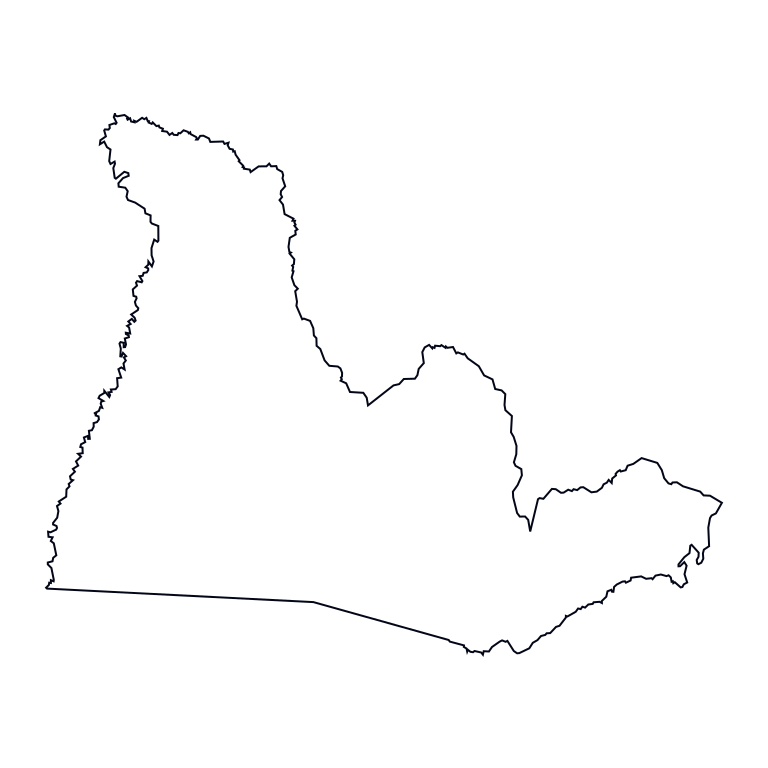 Canarana, Mato Grosso, Brazil (Natural Earth projection)
{"feature_id": "56859067B39965922322561", "entity_name": "Canarana", "entity_type": "district", "adm_level": 2, "iso_a3": "BRA", "parent_name": "Brazil", "parent_adm1": "Mato Grosso", "projection": "natural_earth1", "projection_center": [-52.334, -13.192], "detail": "fine", "context": "isolated", "style": "outline", "palette": "ink", "viewbox_px": 768, "rotation_deg": 0, "n_neighbors": 0, "source": "geoboundaries", "source_scale": "gbopen_adm2", "svg_char_len": 6049}
<svg xmlns="http://www.w3.org/2000/svg" viewBox="0 0 768 768"><path d="M449.8,641.6L464.0,645.4L463.8,646.9L466.5,648.5L467.2,651.6L467.9,649.8L470.4,651.8L473.1,652.2L474.5,651.0L481.2,652.5L482.9,654.7L483.7,651.2L488.9,651.5L492.0,647.0L499.7,641.6L502.1,640.4L505.6,641.8L507.4,640.9L513.8,651.0L517.1,653.3L519.3,653.1L529.3,648.3L532.8,642.8L537.5,640.1L541.0,636.0L545.3,634.9L546.6,633.3L550.2,633.1L556.0,626.9L559.5,625.8L565.9,617.5L565.9,615.9L567.4,616.5L575.7,611.8L578.1,608.5L580.7,609.1L582.4,606.7L585.1,607.6L588.3,604.5L592.7,603.9L593.6,602.3L599.5,601.8L601.9,603.0L601.8,601.0L606.3,596.7L607.5,591.3L611.3,589.8L612.0,591.7L613.4,591.8L614.1,586.9L616.8,584.5L622.5,581.6L625.0,581.3L625.9,582.7L630.6,580.5L631.1,577.7L641.2,576.4L646.1,578.8L651.5,578.2L652.6,579.2L655.5,575.6L660.9,574.5L666.5,576.1L668.6,575.3L670.8,577.4L671.6,581.7L672.8,581.2L673.3,583.2L674.8,582.2L680.7,587.4L682.4,587.0L683.8,584.3L687.2,582.5L684.5,574.2L686.6,565.7L684.3,562.1L680.1,566.2L678.5,566.3L678.5,564.4L684.3,557.2L689.5,553.1L690.3,545.7L691.6,544.8L698.7,552.7L698.5,556.8L696.7,560.0L697.2,563.4L698.4,564.2L701.3,562.7L703.3,558.7L702.9,553.4L703.9,549.6L709.1,546.2L708.3,527.6L710.0,518.1L711.6,515.5L715.9,513.4L721.9,502.8L710.0,495.7L703.6,495.4L700.2,491.6L683.0,486.3L676.9,482.3L672.5,482.5L671.3,484.2L668.5,483.4L664.2,478.2L661.8,470.1L657.3,462.9L641.6,458.1L633.3,463.9L627.6,465.7L625.7,470.2L620.8,471.5L619.9,470.2L617.5,471.7L615.6,473.9L616.0,475.4L612.2,478.5L611.7,483.0L608.7,479.9L606.8,482.7L603.6,484.3L601.9,487.8L596.8,491.6L591.4,492.3L583.3,487.2L580.5,487.4L577.2,490.1L573.6,489.2L571.9,491.1L568.2,489.7L563.7,492.6L561.0,492.8L555.8,489.2L551.9,488.9L543.4,498.8L539.6,498.1L538.0,499.2L530.2,531.5L528.2,519.9L525.1,516.5L519.8,516.6L517.1,513.0L513.2,497.4L512.9,491.7L517.6,485.1L521.9,475.3L521.3,469.1L515.5,465.8L513.9,462.3L516.3,454.2L516.5,445.9L513.7,436.9L511.0,432.3L511.9,416.0L505.4,410.2L504.5,405.0L505.3,394.1L501.6,390.4L495.2,389.0L492.5,379.4L484.1,375.4L478.8,366.2L467.7,358.3L464.5,353.7L463.2,354.5L457.9,352.4L456.3,353.4L453.0,347.0L447.4,347.8L445.9,346.5L445.5,347.8L441.4,345.1L440.2,346.2L435.1,345.7L434.5,347.9L432.8,347.2L432.3,348.4L429.1,344.9L424.7,347.4L422.3,352.1L423.8,363.1L418.7,368.9L417.4,375.2L414.9,378.7L403.8,379.0L399.2,384.1L393.5,385.4L368.0,405.4L366.7,397.7L363.3,392.8L350.0,392.0L346.2,383.3L340.6,380.7L341.8,379.2L340.9,377.6L342.0,376.4L342.1,372.8L340.4,368.4L337.8,366.5L329.3,365.8L324.6,360.4L320.3,349.0L316.6,345.8L316.4,338.2L313.9,335.5L313.3,328.2L310.1,320.9L303.9,318.6L302.2,319.3L296.4,305.8L297.0,301.7L295.2,291.2L297.8,288.7L294.4,285.2L291.7,277.4L293.5,271.2L292.4,270.7L293.2,266.9L292.1,265.6L293.9,264.1L294.3,259.3L289.6,253.6L290.9,252.6L289.4,252.0L288.5,246.9L289.8,237.8L295.7,234.5L295.3,230.8L297.4,229.4L294.4,225.7L295.6,224.7L294.4,222.5L295.0,220.8L292.5,220.7L293.5,218.7L284.6,214.1L283.0,204.6L279.5,200.1L282.1,197.0L280.7,194.3L281.0,191.0L285.2,186.3L282.5,178.3L283.2,175.2L282.2,171.9L277.2,169.1L276.3,166.1L271.1,166.3L269.2,163.6L266.5,166.3L258.6,166.4L250.6,172.1L249.8,169.6L243.9,168.7L244.1,167.4L242.6,167.1L243.2,165.7L238.7,161.2L239.5,160.2L235.6,154.7L234.7,151.2L233.2,151.6L232.9,149.5L229.6,148.8L227.7,145.3L228.5,142.7L224.5,143.9L223.1,141.5L210.3,141.9L209.0,138.5L203.4,135.7L200.2,135.9L197.9,139.5L196.2,139.5L196.9,138.3L196.1,137.0L190.6,134.1L190.2,132.3L188.8,133.3L187.8,131.8L183.6,130.3L180.3,133.3L178.5,133.0L177.5,135.1L173.7,134.8L172.3,133.0L169.5,134.9L167.0,131.7L162.2,131.0L162.9,128.7L159.4,127.4L158.8,125.6L156.4,126.1L152.7,122.4L151.7,123.9L148.6,122.5L149.0,121.2L147.7,121.0L146.4,117.9L144.3,119.2L142.1,117.8L136.6,121.8L134.2,120.8L134.5,122.3L131.1,121.5L130.1,118.3L127.6,119.7L127.0,118.5L127.9,117.4L124.5,115.0L117.4,116.3L115.4,115.7L115.0,113.3L113.8,117.1L116.6,122.8L115.7,124.0L114.3,123.3L109.4,125.0L109.8,128.0L108.5,129.6L104.9,129.4L104.2,130.5L105.9,136.4L100.4,140.2L99.9,144.3L104.2,141.6L107.0,147.2L110.5,149.5L109.2,161.1L110.5,164.0L114.6,161.6L115.0,163.7L113.3,168.1L114.7,177.8L115.9,178.7L124.3,171.8L128.3,173.1L128.7,175.8L123.0,178.1L118.4,183.3L118.7,186.7L125.3,187.7L127.7,191.2L126.5,196.7L128.0,200.0L135.2,202.6L144.6,208.7L145.4,213.3L150.6,215.4L150.5,221.8L151.8,223.5L158.3,226.0L158.4,240.7L157.5,241.8L154.2,239.6L151.5,248.1L151.6,255.3L153.6,261.5L151.9,266.4L148.4,261.5L148.3,264.7L145.6,267.2L148.2,268.4L148.3,270.0L146.8,272.4L143.6,272.9L142.7,275.8L139.5,276.2L142.4,281.1L141.7,282.3L137.1,281.1L136.0,282.7L137.0,285.6L132.8,289.4L133.5,295.9L136.2,296.7L136.6,298.3L134.9,301.9L135.9,305.5L138.3,308.2L137.9,310.0L131.2,314.5L134.6,317.7L135.6,320.6L134.3,321.8L131.8,318.9L128.3,321.5L130.6,324.0L127.1,325.9L129.1,327.5L130.2,333.5L125.8,332.7L125.9,334.0L128.7,335.5L128.9,337.2L124.8,338.5L126.0,344.4L125.1,347.1L123.7,347.2L123.7,342.8L120.5,342.1L119.5,343.6L120.8,348.6L120.3,356.3L121.5,356.5L123.0,352.9L126.1,356.2L123.9,357.4L125.8,360.5L123.5,363.5L124.6,369.5L121.3,367.4L118.4,369.2L121.2,377.6L117.1,378.2L117.7,386.4L115.6,389.2L110.9,389.5L111.6,391.9L108.5,392.4L110.1,395.1L109.3,397.0L104.3,390.8L104.3,393.0L99.7,395.7L98.5,398.1L103.3,401.0L101.3,401.6L100.7,403.7L102.2,407.8L100.2,407.2L98.9,410.9L94.0,413.5L96.2,413.4L95.7,415.5L98.5,416.4L98.9,419.4L97.0,422.1L93.6,423.1L93.7,426.7L91.9,430.2L88.9,430.8L89.8,438.8L88.2,438.9L87.9,435.9L83.9,437.5L85.2,442.1L81.0,444.3L80.3,447.0L82.5,447.6L82.7,453.2L78.1,453.8L81.0,456.6L76.0,461.4L78.2,465.6L72.9,468.9L74.9,471.7L70.0,476.3L70.7,479.5L73.0,480.2L68.7,484.0L69.5,486.4L66.5,489.4L66.2,496.7L58.8,501.5L60.5,503.6L57.0,506.0L58.4,511.1L57.2,517.7L53.1,522.9L53.1,524.5L56.5,526.0L57.0,527.9L56.2,529.6L50.5,532.3L48.1,531.7L48.5,536.8L52.6,537.3L50.8,541.0L53.8,543.3L56.3,555.3L53.2,557.8L52.5,561.3L47.8,562.5L47.8,564.4L51.4,568.0L53.8,579.9L53.6,581.3L50.9,580.2L50.9,583.0L49.2,582.7L48.9,584.9L46.1,587.7L47.0,588.6L313.4,602.1L448.7,640.0L449.8,641.6Z" fill="none" stroke="#020617" stroke-width="2"/></svg>